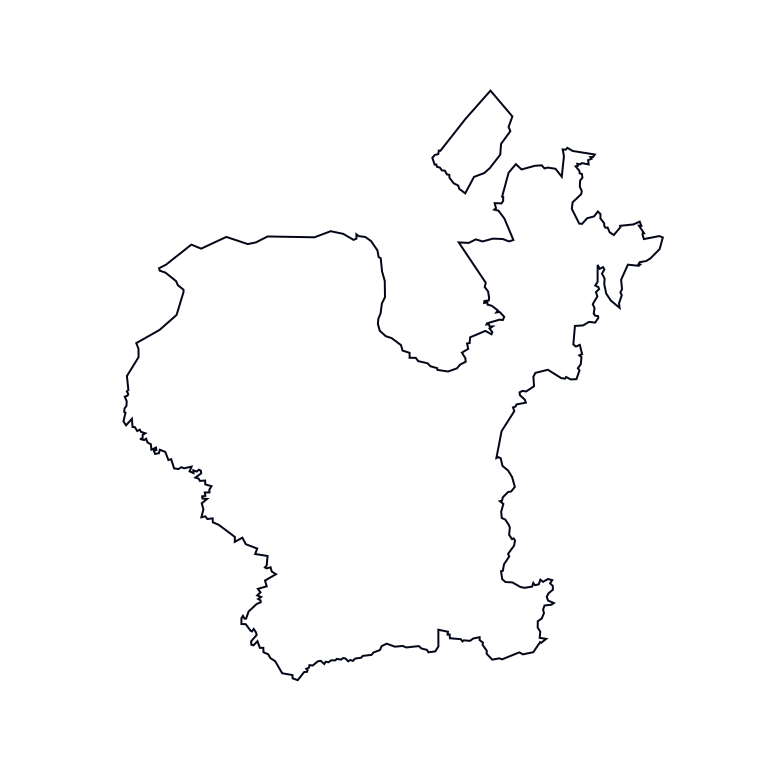 Caltepec, Puebla, Mexico (orthographic projection), rotated 98°
{"feature_id": "50627088B1371520644143", "entity_name": "Caltepec", "entity_type": "district", "adm_level": 2, "iso_a3": "MEX", "parent_name": "Mexico", "parent_adm1": "Puebla", "projection": "orthographic", "projection_center": [-97.485, 18.145], "detail": "fine", "context": "isolated", "style": "outline", "palette": "ink", "viewbox_px": 768, "rotation_deg": 98, "n_neighbors": 0, "source": "geoboundaries", "source_scale": "gbopen_adm2", "svg_char_len": 6165}
<svg xmlns="http://www.w3.org/2000/svg" viewBox="0 0 768 768"><g transform="rotate(98 384 384)"><path d="M248.4,473.3L254.1,519.8L261.6,530.5L264.4,538.4L260.3,560.6L275.4,583.9L272.8,594.2L296.2,616.5L300.7,622.9L303.0,621.8L304.1,616.0L311.0,604.3L314.9,601.8L318.5,595.7L320.7,595.3L344.5,599.0L361.7,613.8L378.0,635.0L383.3,632.0L391.6,630.8L411.9,639.7L425.5,636.3L427.2,637.6L429.4,635.9L431.2,636.3L432.6,638.9L436.9,636.4L441.5,636.0L444.2,637.5L447.8,637.4L448.5,636.0L457.3,636.8L460.8,633.7L453.6,628.8L461.6,627.0L461.4,624.7L464.9,621.8L463.2,619.5L465.2,618.0L466.0,613.5L467.9,615.9L471.5,615.5L472.4,618.0L472.9,613.7L471.3,612.0L474.9,610.0L476.1,606.5L481.4,605.2L478.7,600.9L481.0,600.2L482.0,602.7L485.1,600.9L483.9,597.3L480.3,596.8L481.7,591.1L489.3,586.9L488.1,584.3L496.8,580.1L496.8,575.7L494.6,573.1L495.3,570.2L492.6,563.1L497.6,564.3L498.7,560.2L496.0,560.8L496.8,557.3L494.6,555.3L495.4,553.3L497.9,552.6L502.9,557.7L503.5,554.4L505.6,552.9L504.5,547.7L508.3,547.0L509.2,540.6L513.1,542.3L515.6,541.7L516.4,546.4L519.6,545.3L520.6,548.5L522.7,547.8L522.4,543.2L527.5,547.9L533.2,545.4L541.4,546.3L539.9,542.5L542.3,540.1L540.9,535.0L544.8,534.2L546.4,528.2L556.2,510.4L561.1,509.8L555.9,502.9L561.9,498.5L564.6,486.7L570.3,487.9L570.5,475.4L579.9,474.9L582.2,476.4L582.9,474.6L581.3,470.8L585.3,469.1L587.4,464.5L595.2,474.5L600.7,472.0L604.4,480.4L607.5,477.3L611.0,480.1L612.0,476.1L614.4,478.7L615.5,476.1L617.3,475.7L619.6,479.5L628.1,486.4L635.5,487.9L635.8,489.5L633.2,491.4L635.8,492.6L641.5,491.8L641.1,487.5L646.9,481.8L647.4,480.4L644.7,478.9L647.8,476.2L650.3,475.2L657.4,479.8L660.7,479.0L661.0,476.9L656.3,473.5L662.6,470.2L662.1,466.8L666.4,466.0L667.8,461.0L671.2,458.4L673.7,453.1L684.6,444.6L685.0,434.1L688.2,433.5L689.3,428.2L680.4,423.0L679.7,420.1L677.8,419.9L676.9,421.3L675.2,418.8L672.8,418.7L672.7,415.4L667.9,411.0L666.9,408.2L669.6,404.2L667.1,403.0L667.3,400.3L665.0,397.9L664.4,393.7L662.8,392.5L662.9,388.2L661.2,386.5L661.1,384.1L663.6,380.9L662.0,379.0L662.5,376.2L660.0,374.5L658.2,368.5L656.2,367.2L654.0,358.7L651.3,357.0L648.1,351.1L643.9,349.8L640.8,345.2L642.6,336.7L640.8,329.0L641.8,325.3L638.7,313.1L640.7,310.1L641.3,304.5L643.5,302.7L641.7,296.1L636.4,293.6L619.8,296.0L620.4,286.2L623.3,286.2L622.9,284.2L626.6,283.3L626.0,272.5L628.0,270.4L626.7,269.2L626.4,263.1L623.6,260.2L621.4,254.1L624.3,253.6L626.3,250.1L628.7,250.0L634.0,245.0L636.8,244.9L641.9,238.4L639.6,231.6L640.2,228.7L630.9,212.6L632.4,208.9L628.8,198.8L617.9,193.5L618.5,192.4L613.8,187.9L613.7,194.5L607.5,194.8L603.8,197.9L597.5,198.7L594.4,195.2L588.6,193.7L585.2,195.1L581.0,194.2L579.3,187.6L577.3,185.3L575.6,191.4L572.1,193.2L568.3,191.9L564.2,188.1L560.4,188.8L558.3,191.8L554.8,190.1L554.3,194.5L557.8,199.0L556.0,201.9L560.9,202.9L562.2,206.6L560.2,208.5L564.0,209.1L566.3,216.5L566.0,220.7L562.6,229.3L563.2,236.1L560.9,239.7L553.1,242.1L552.5,240.3L545.9,240.1L537.4,236.0L534.9,237.5L526.0,232.7L520.6,232.5L518.9,234.1L519.8,235.7L515.9,239.1L508.7,239.4L506.2,240.8L501.4,245.0L500.3,248.7L494.1,250.2L486.2,249.1L483.9,252.9L483.1,250.9L479.7,250.6L473.7,246.1L472.8,243.2L467.7,240.1L458.3,244.2L452.4,249.1L448.6,255.3L441.3,258.1L440.5,260.5L441.7,262.4L414.4,261.0L392.7,251.2L389.2,253.0L388.1,250.7L385.8,249.9L382.7,240.9L379.9,242.4L376.2,247.8L373.4,248.6L371.6,246.0L371.6,242.2L365.3,235.1L356.0,237.1L351.9,235.6L347.1,223.7L353.5,209.3L353.5,205.5L351.7,204.6L353.5,199.7L352.4,194.1L343.2,192.3L341.4,194.2L337.0,191.9L329.9,192.2L328.4,194.6L326.9,192.0L318.0,195.5L320.2,199.2L318.5,202.0L299.9,203.0L298.3,195.0L294.0,189.7L293.8,183.4L288.7,181.0L287.0,181.5L287.0,184.2L285.2,186.1L279.5,186.1L275.9,188.4L267.6,184.9L263.5,186.9L260.1,184.2L258.2,185.2L257.1,188.5L253.2,186.7L236.3,189.0L239.9,186.4L237.8,183.3L239.9,181.7L244.4,183.5L248.9,180.2L254.5,179.8L263.6,176.5L269.8,171.0L275.8,161.3L271.4,162.5L262.9,160.9L260.5,162.6L256.9,161.5L247.8,163.7L231.9,159.1L231.5,148.2L230.1,147.0L230.1,148.7L227.8,147.8L225.8,141.6L222.6,137.7L212.0,129.8L200.1,128.3L199.2,132.0L204.3,146.8L200.3,148.7L198.7,148.8L198.5,147.5L191.8,153.5L191.6,151.2L187.6,153.4L191.3,159.3L194.5,172.2L195.8,171.7L204.5,177.2L202.3,181.7L198.0,184.3L198.4,186.5L196.9,187.8L194.0,188.5L190.0,192.7L185.6,193.3L183.4,196.2L188.8,199.3L191.6,205.9L197.8,210.1L198.0,213.0L184.4,222.4L177.8,222.5L168.5,215.1L165.3,215.0L161.5,217.5L155.3,218.1L152.0,216.2L148.4,217.3L148.2,219.5L145.6,220.3L141.8,224.5L140.8,222.4L139.1,223.2L139.2,220.3L137.7,218.8L138.1,211.9L133.9,213.0L132.1,209.8L130.6,211.2L130.1,208.6L127.4,207.2L127.0,229.5L124.6,235.3L126.7,236.7L126.8,239.7L133.4,237.5L154.0,236.8L147.0,244.1L146.9,252.0L148.2,255.1L145.5,258.2L146.9,264.9L152.4,277.7L147.9,284.0L157.4,290.0L182.0,293.1L182.1,292.0L186.1,291.5L188.8,292.8L189.5,299.6L194.2,297.6L196.0,299.1L196.4,294.8L203.4,287.8L223.4,275.9L225.4,280.1L223.9,286.6L224.9,296.4L229.1,306.2L228.0,313.2L232.5,319.7L233.4,329.7L269.6,297.3L273.9,297.8L277.9,293.8L284.0,291.9L286.7,291.9L287.8,296.1L289.8,296.1L288.8,293.1L291.0,292.5L291.5,288.3L295.3,281.5L297.5,282.7L296.5,279.6L300.7,274.3L304.1,275.2L304.2,278.5L309.6,290.5L310.8,290.8L310.1,288.5L312.3,287.5L311.9,284.5L314.4,287.2L317.6,283.9L319.8,284.5L317.3,291.0L325.8,305.2L331.5,304.9L332.3,307.4L337.5,305.5L342.1,311.2L347.2,307.0L350.6,306.2L354.3,311.4L358.4,314.0L362.7,322.3L362.6,333.1L360.9,333.5L360.0,340.4L357.4,343.8L356.6,353.3L353.7,356.2L354.5,362.3L349.6,363.0L348.3,370.3L343.1,372.6L337.5,382.8L336.4,388.9L331.9,395.6L325.4,398.4L320.3,398.7L314.6,397.2L304.6,397.3L297.8,395.1L281.8,397.6L272.8,401.6L260.0,404.7L259.0,407.0L252.6,409.1L244.2,416.8L241.0,423.0L241.1,429.6L239.6,432.2L243.9,431.5L245.5,434.2L241.0,445.2L240.1,458.0L248.4,473.3ZM153.3,367.6L159.7,364.4L159.4,362.7L161.5,361.8L161.9,358.8L164.4,356.4L164.3,353.4L167.7,350.8L167.8,348.4L170.6,347.9L175.5,343.0L177.2,338.1L180.3,336.6L183.9,330.1L166.4,323.7L161.1,314.0L155.4,309.2L140.7,300.8L129.9,301.5L116.1,294.1L112.1,296.4L101.2,294.1L78.7,319.4L110.1,340.2L145.2,360.6L145.2,362.2L148.8,362.3L150.2,365.6L153.3,367.6Z" fill="none" stroke="#020617" stroke-width="2"/></g></svg>